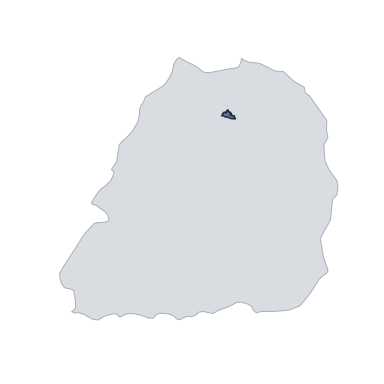 location of Villa Sara, Treinta y Tres, Uruguay, rotated 259°
{"feature_id": "84410073B51130607975683", "entity_name": "Villa Sara", "entity_type": "district", "adm_level": 2, "iso_a3": "URY", "parent_name": "Uruguay", "parent_adm1": "Treinta y Tres", "projection": "robinson", "projection_center": [-54.408, -33.348], "detail": "fine", "context": "in_parent", "style": "filled", "palette": "slate", "viewbox_px": 384, "rotation_deg": 259, "n_neighbors": 0, "source": "geoboundaries", "source_scale": "gbopen_adm2", "svg_char_len": 3330}
<svg xmlns="http://www.w3.org/2000/svg" viewBox="0 0 384 384"><g transform="rotate(259 192 192)"><path d="M313.8,266.0L311.3,268.3L308.6,272.5L305.5,282.7L294.9,296.7L292.8,304.6L281.4,312.9L273.4,322.2L268.2,321.9L263.5,325.9L236.5,338.0L226.8,335.7L219.6,335.8L212.9,330.4L197.6,328.5L188.1,330.6L175.3,336.5L171.4,336.4L168.6,336.1L161.7,333.7L157.8,328.5L138.0,322.5L122.0,309.0L103.2,308.7L88.9,310.5L86.6,308.7L85.1,305.2L82.1,300.2L69.5,288.2L59.6,276.3L57.6,264.7L58.8,251.9L61.5,236.9L61.0,232.2L64.5,229.5L68.1,229.0L71.5,225.1L74.5,219.2L75.0,214.8L72.5,206.5L70.7,195.0L68.7,189.3L72.6,180.2L72.7,175.8L70.3,171.9L69.7,168.0L70.7,163.9L70.4,159.9L68.9,156.2L70.0,153.1L73.6,150.6L76.3,146.8L78.0,141.7L78.9,137.8L78.9,135.1L77.8,132.6L75.5,130.2L76.5,125.5L80.8,118.4L83.5,112.1L84.7,106.6L84.6,102.2L83.1,98.8L83.7,96.5L86.3,95.3L87.5,91.8L87.0,82.9L84.2,75.6L86.2,69.8L92.2,63.1L95.3,57.7L95.6,53.6L97.4,51.2L100.4,55.7L109.0,56.9L117.7,57.0L119.1,55.9L122.4,48.6L126.9,46.5L131.8,46.0L137.1,46.4L142.9,51.2L159.1,66.9L170.9,77.9L174.6,83.0L177.7,86.9L180.1,90.5L179.1,99.8L179.3,103.9L179.8,105.1L182.5,105.2L186.5,104.5L189.9,102.5L192.5,99.6L195.1,97.1L197.1,95.8L197.9,93.8L199.1,91.8L200.3,91.3L202.6,92.8L208.2,98.2L212.4,103.1L213.5,105.9L215.1,108.9L216.9,111.5L218.1,114.0L222.3,117.2L226.5,119.3L229.3,117.2L236.5,124.0L252.2,129.6L255.1,133.1L257.8,138.0L263.3,145.4L270.9,152.0L277.0,154.8L282.9,156.4L286.1,157.9L288.4,160.4L292.0,163.2L294.2,164.2L295.0,166.7L297.3,172.0L299.7,178.8L302.3,185.1L308.0,191.2L314.4,195.9L321.1,198.6L324.8,201.9L326.4,205.3L321.9,210.4L317.0,216.8L312.7,221.8L308.2,225.3L306.8,227.8L305.8,231.5L305.8,251.4L305.4,258.8L305.7,260.8L306.3,262.1L309.1,264.1L312.4,265.7L313.8,266.0Z" fill="#d9dde1" stroke="#a8b0b8" stroke-width="1"/><path d="M265.6,242.4L265.4,242.1L265.3,241.8L265.0,241.7L264.7,241.7L264.5,241.3L264.3,241.3L264.1,241.1L263.2,240.6L263.2,240.1L264.0,239.8L264.1,239.2L264.0,238.5L264.0,238.1L263.6,237.9L263.3,237.6L263.0,237.2L262.9,237.0L262.4,237.0L262.3,236.9L262.0,236.5L261.6,236.3L261.5,235.9L261.1,236.0L261.3,236.5L259.5,238.8L258.1,242.2L256.7,244.1L255.8,247.3L255.6,248.5L255.8,248.5L255.9,248.4L256.0,248.4L256.3,248.3L256.3,248.2L256.5,248.2L256.6,248.3L256.7,248.2L256.9,248.0L257.1,248.1L257.3,248.1L257.6,248.1L257.8,248.0L258.1,248.0L258.3,248.0L258.5,248.0L258.7,247.9L258.6,247.6L258.7,247.4L258.8,247.2L259.0,247.2L259.0,246.9L259.0,246.7L259.3,246.4L259.4,246.2L259.5,246.1L259.8,245.9L259.7,245.8L259.7,245.7L259.8,245.6L259.7,245.5L259.8,245.4L260.0,245.4L259.9,245.3L259.9,245.2L260.0,245.2L260.1,244.9L260.0,244.7L260.3,244.6L260.2,244.6L260.2,244.4L260.3,244.3L260.5,244.4L260.6,244.5L260.7,244.4L260.8,244.5L261.0,244.6L261.1,244.8L261.2,244.7L261.3,244.7L261.4,244.8L261.5,244.8L261.8,244.9L262.0,244.9L262.0,245.0L262.1,244.9L262.3,244.9L262.3,245.0L262.5,245.0L262.4,245.0L262.5,245.1L262.8,245.0L262.8,244.9L262.7,244.9L262.8,244.7L262.8,244.4L263.0,244.4L263.0,244.2L263.0,243.9L263.3,243.8L263.5,243.9L263.7,243.7L263.4,243.6L263.3,243.4L263.5,243.3L263.6,243.2L263.8,243.1L264.0,243.1L264.3,243.1L264.5,243.0L264.6,242.9L264.8,242.9L265.0,242.9L265.0,243.0L265.3,243.2L265.5,243.1L265.6,242.9L265.5,242.7L265.6,242.8L265.7,242.7L265.6,242.4L265.6,242.4Z" fill="#64748b" stroke="#1e293b" stroke-width="1.5"/></g></svg>